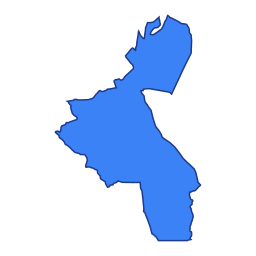 Opala, Orientale, Democratic Republic of the Congo (Natural Earth projection)
{"feature_id": "63176286B48725841971461", "entity_name": "Opala", "entity_type": "district", "adm_level": 2, "iso_a3": "COD", "parent_name": "Democratic Republic of the Congo", "parent_adm1": "Orientale", "projection": "natural_earth1", "projection_center": [24.381, -0.71], "detail": "fine", "context": "isolated", "style": "filled", "palette": "blue", "viewbox_px": 256, "rotation_deg": 0, "n_neighbors": 0, "source": "geoboundaries", "source_scale": "gbopen_adm2", "svg_char_len": 4972}
<svg xmlns="http://www.w3.org/2000/svg" viewBox="0 0 256 256"><path d="M146.5,217.0L147.3,218.9L148.7,222.8L150.0,226.2L151.0,230.2L152.0,233.8L153.3,234.5L156.4,237.3L158.4,240.6L187.4,240.6L187.6,240.5L187.9,240.2L188.3,240.0L189.1,239.9L191.0,239.5L190.4,238.7L190.1,237.9L190.2,237.5L190.3,237.4L191.2,236.4L191.5,235.5L191.6,235.4L191.7,234.0L191.6,233.5L191.6,233.4L191.5,233.0L191.5,232.9L191.6,232.3L191.5,232.0L191.4,231.8L190.6,231.7L190.3,231.4L190.2,231.2L189.8,230.2L190.1,228.4L190.0,227.3L190.0,227.1L190.1,226.3L190.5,225.4L190.8,225.0L190.9,224.6L191.0,224.2L191.0,223.7L191.1,223.4L191.4,222.5L191.7,221.7L192.2,220.5L192.4,219.5L192.4,219.4L192.5,219.0L193.0,217.5L193.1,216.8L193.1,216.7L193.1,215.9L193.0,215.5L193.0,215.4L192.9,215.3L192.9,215.0L192.8,214.9L192.7,213.8L192.4,213.3L191.7,212.2L191.5,210.5L191.0,209.3L191.1,208.8L191.1,208.5L190.9,208.2L190.2,207.5L190.1,207.0L190.2,206.7L190.4,205.9L190.5,205.7L190.8,205.4L191.9,204.6L192.0,204.3L192.1,201.9L192.6,201.2L192.8,200.9L192.7,200.6L192.7,200.4L192.4,200.1L192.3,199.9L191.3,199.6L191.0,199.5L190.6,199.0L190.5,198.9L190.4,198.6L190.4,198.4L190.3,198.2L190.1,197.2L189.8,196.5L189.6,196.2L189.4,194.9L189.5,194.4L189.7,192.7L189.6,192.2L189.9,192.2L190.3,192.2L191.5,191.8L192.4,191.1L193.8,191.0L194.7,190.7L194.8,190.7L195.3,190.3L195.7,190.0L196.0,189.8L198.2,187.4L199.0,186.4L199.7,186.1L200.1,185.5L200.3,185.3L200.5,185.0L198.0,182.2L197.1,177.9L195.7,172.2L194.2,169.0L190.3,165.2L186.7,161.9L183.0,158.3L179.5,153.2L174.9,147.2L169.9,142.6L163.7,138.4L162.2,137.2L161.3,134.6L159.3,131.1L157.1,128.3L155.6,126.3L155.3,125.4L155.1,124.8L153.7,120.5L152.6,116.6L151.1,110.4L149.1,107.7L148.2,106.6L147.3,104.8L144.9,101.7L144.1,96.3L143.9,95.7L141.7,93.1L140.9,90.7L143.1,90.6L143.3,89.3L144.4,89.1L145.6,88.9L147.5,88.7L149.6,88.7L169.6,92.2L170.5,93.1L171.6,94.1L182.4,70.9L185.7,64.0L189.0,57.4L190.7,54.1L191.2,52.8L191.2,50.8L191.6,40.7L191.1,34.9L189.5,32.9L189.3,29.8L189.0,28.8L188.7,27.8L187.7,26.2L186.7,24.5L185.7,24.1L184.3,23.9L181.5,23.6L178.7,21.7L171.0,17.8L170.8,17.8L170.6,17.9L168.4,16.0L167.8,15.4L167.5,15.8L166.1,20.0L165.1,21.1L164.5,22.6L162.8,27.0L161.7,28.7L161.4,29.1L154.1,34.4L152.4,34.7L150.4,34.4L150.6,33.1L150.9,32.0L152.1,30.4L153.9,28.3L155.2,27.8L156.8,27.7L158.2,27.1L160.3,24.8L160.3,24.1L159.7,21.5L159.7,21.2L159.7,20.4L159.4,19.8L159.3,19.6L159.1,19.3L159.0,17.3L159.0,17.2L157.5,18.5L156.0,19.9L153.5,22.0L150.7,22.6L147.6,22.6L145.6,27.8L145.4,30.2L145.4,30.6L145.1,32.2L144.3,38.5L143.2,38.4L140.4,35.2L138.7,31.2L138.4,32.0L138.3,33.8L136.8,42.9L136.9,43.4L136.8,44.0L136.8,44.6L136.3,46.7L136.2,46.8L135.6,47.7L135.6,48.1L135.6,49.0L135.9,49.7L135.4,50.4L134.9,50.0L133.7,48.7L132.6,48.0L132.0,48.3L130.7,49.5L129.9,50.6L129.5,51.1L127.4,53.7L125.5,55.8L126.1,57.3L127.0,58.3L130.2,62.5L130.5,62.8L131.1,63.6L131.9,64.1L132.6,64.8L133.1,65.9L133.4,67.5L133.4,68.7L132.5,69.5L125.8,75.7L125.4,76.1L125.3,76.3L124.8,76.7L124.5,77.0L124.4,77.1L124.3,77.3L124.2,77.5L123.9,78.3L123.4,78.9L123.3,79.0L122.8,79.4L121.1,80.3L118.9,78.9L117.4,79.5L115.4,79.7L114.2,80.7L114.1,81.6L114.9,83.7L116.2,87.8L115.0,87.9L114.2,88.1L112.2,88.5L111.3,88.8L111.0,88.7L110.6,88.7L109.4,89.1L109.2,89.1L108.7,89.2L107.9,89.0L105.9,90.4L104.0,91.2L102.5,91.6L101.9,91.5L101.2,91.2L100.2,90.7L99.7,90.6L98.6,91.4L96.9,93.6L95.8,94.6L93.7,97.4L93.0,98.0L92.6,98.4L88.6,99.6L85.7,99.8L83.0,99.9L78.4,100.0L76.9,99.5L75.9,99.4L75.5,99.4L74.6,99.4L72.9,100.5L72.1,100.5L69.4,101.0L67.4,101.3L68.0,101.7L68.4,102.1L69.0,103.4L69.8,104.3L70.1,104.7L70.8,105.1L70.9,108.6L71.6,111.1L72.3,113.3L73.0,114.2L74.4,115.6L75.1,116.0L76.4,117.0L77.2,117.7L76.9,119.4L75.6,120.0L74.0,120.4L72.5,121.0L72.0,121.2L71.0,121.5L69.7,122.0L68.6,122.6L66.4,122.6L66.0,123.1L65.6,124.2L65.5,124.4L65.4,124.5L65.2,124.7L64.4,124.9L63.6,125.2L62.5,125.6L61.7,126.0L61.5,126.3L61.1,127.4L61.0,128.8L60.6,129.9L60.7,130.5L60.5,131.1L60.1,131.6L59.9,132.1L59.7,132.2L58.7,131.4L57.2,131.1L55.6,131.6L55.5,132.5L57.6,134.4L57.7,134.5L58.8,135.1L59.2,136.8L59.5,137.7L62.3,139.7L62.9,140.4L63.2,140.7L64.2,141.9L65.5,144.6L66.7,144.9L68.3,146.2L69.6,147.2L71.9,149.6L73.9,151.5L75.0,152.4L77.1,153.0L78.9,153.4L80.5,154.5L82.7,154.6L84.8,154.6L86.9,157.8L87.3,160.3L86.6,162.8L85.6,165.9L85.8,166.9L86.4,167.3L87.8,166.9L89.7,167.0L91.8,167.9L92.5,167.9L93.8,168.6L94.8,169.2L97.2,170.3L97.5,170.7L97.5,172.7L98.9,174.7L100.0,175.5L100.2,176.6L100.4,178.4L101.1,179.2L102.2,179.9L104.2,181.1L104.7,181.2L105.3,182.0L105.6,183.7L107.5,187.2L108.8,186.9L109.1,186.8L109.2,186.7L109.3,186.5L109.6,186.2L109.8,186.1L110.0,185.6L110.1,185.2L110.5,185.0L110.6,184.9L112.4,185.0L112.9,184.8L113.2,184.3L113.3,184.0L113.6,183.6L113.9,183.3L114.1,183.2L114.4,183.1L116.1,182.6L117.1,181.9L117.8,181.2L118.0,180.9L122.2,182.3L132.9,182.5L140.1,182.4L140.7,188.5L142.0,191.0L142.9,198.8L143.9,209.1L143.6,211.5L144.9,212.8L146.5,217.0Z" fill="#3b82f6" stroke="#1e3a8a" stroke-width="1.5"/></svg>